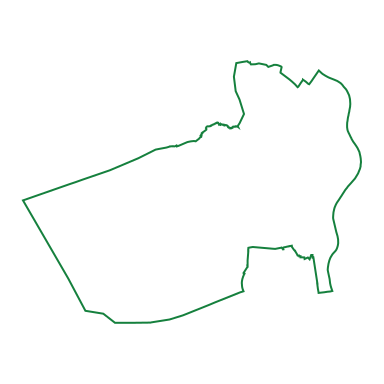 Horst aan de Maas, Limburg, Netherlands (orthographic projection)
{"feature_id": "6326949B10328285292362", "entity_name": "Horst aan de Maas", "entity_type": "district", "adm_level": 2, "iso_a3": "NLD", "parent_name": "Netherlands", "parent_adm1": "Limburg", "projection": "orthographic", "projection_center": [6.076, 51.451], "detail": "fine", "context": "isolated", "style": "outline", "palette": "green", "viewbox_px": 384, "rotation_deg": 0, "n_neighbors": 0, "source": "geoboundaries", "source_scale": "gbopen_adm2", "svg_char_len": 5349}
<svg xmlns="http://www.w3.org/2000/svg" viewBox="0 0 384 384"><path d="M85.4,310.8L103.3,313.7L115.0,322.8L132.5,322.8L150.6,322.6L151.2,322.4L169.5,319.5L170.5,319.2L182.8,315.4L186.6,313.9L192.3,311.6L209.3,304.8L215.0,302.4L240.0,292.4L243.5,291.3L242.6,288.9L242.2,287.3L242.0,285.7L241.9,284.0L241.8,283.2L241.9,281.6L242.0,280.9L242.3,279.3L242.5,278.5L242.8,277.7L243.0,276.9L243.4,276.0L244.0,274.5L244.4,273.9L244.0,273.7L244.2,273.3L243.6,272.9L247.5,266.8L247.4,266.1L247.6,266.2L247.6,260.3L248.3,251.5L248.2,251.5L248.2,251.0L248.2,250.3L248.2,249.7L248.3,249.7L248.4,247.8L249.8,247.5L252.8,247.0L256.3,247.3L272.5,248.7L275.2,248.9L280.2,247.9L281.4,247.7L281.6,247.6L283.0,249.3L283.2,249.1L283.3,249.1L283.2,248.8L283.1,248.5L283.1,248.2L283.4,247.6L283.5,247.5L283.8,247.4L284.6,247.2L285.4,247.1L286.4,246.8L286.9,246.7L289.1,246.2L289.1,246.3L291.8,245.7L291.9,246.3L291.5,246.3L293.8,249.6L294.4,250.3L294.7,250.6L295.0,250.6L295.1,250.8L294.9,250.9L295.9,252.3L296.4,253.2L297.0,254.2L297.1,254.4L297.5,255.3L297.6,255.5L299.1,255.5L299.2,256.3L300.5,256.2L300.5,257.3L301.7,257.3L304.3,257.4L304.6,259.0L307.9,257.5L309.6,259.3L311.2,255.0L312.5,255.0L312.5,256.0L312.6,257.5L313.3,257.3L313.4,258.1L313.5,258.1L314.0,261.4L317.4,283.5L317.2,283.5L317.3,284.2L317.9,288.8L318.5,292.1L318.6,292.9L324.8,292.2L325.2,292.1L326.6,291.9L326.9,291.8L330.2,291.5L331.0,291.3L332.3,291.0L331.2,287.7L330.6,285.6L330.1,283.3L329.6,279.0L328.8,275.3L328.1,272.0L327.7,269.9L327.9,267.5L328.5,263.7L329.4,260.3L330.4,257.7L332.3,254.5L333.1,253.5L335.5,250.9L336.4,249.6L337.2,247.7L337.8,245.6L338.2,243.2L338.1,239.5L337.5,236.1L336.3,232.0L333.2,218.8L333.1,217.5L333.2,215.8L333.2,215.6L333.5,212.2L333.8,210.9L334.2,209.1L334.6,207.6L334.9,206.9L335.2,206.2L335.6,205.2L336.4,203.6L337.1,202.4L338.9,199.8L340.7,197.0L341.4,196.0L342.4,194.4L345.3,189.9L346.5,188.4L347.1,187.7L347.8,186.6L350.9,183.2L355.0,178.5L356.9,175.4L358.1,173.4L358.8,171.6L360.0,168.7L360.6,166.3L360.6,165.1L361.0,162.1L360.7,158.4L360.3,156.0L360.0,154.8L359.4,152.0L357.5,148.0L356.1,145.8L354.8,143.9L353.2,141.7L351.8,139.3L351.4,138.6L351.3,138.1L350.6,136.9L349.3,134.1L348.8,133.2L348.0,131.4L347.7,130.7L347.3,128.9L347.3,128.5L347.1,127.3L347.1,126.7L347.1,124.7L347.2,122.5L347.5,121.0L347.8,118.6L348.0,117.3L348.5,115.3L348.7,113.9L349.3,111.4L349.4,110.4L350.1,106.7L350.2,105.0L350.3,104.1L350.2,102.3L350.0,99.3L349.8,98.3L349.1,95.3L347.2,91.3L346.1,89.4L343.5,86.5L342.9,85.6L342.1,84.6L341.6,84.1L340.7,83.2L339.5,82.4L337.3,81.0L334.0,79.6L329.4,77.8L327.9,77.1L326.1,76.1L325.2,75.6L323.8,74.7L322.8,74.1L321.9,73.4L318.8,70.5L315.7,75.0L312.6,79.5L311.9,80.6L308.7,84.9L308.9,84.4L305.7,81.6L303.0,79.7L303.0,79.8L301.6,81.8L300.8,82.9L299.1,85.5L298.2,86.8L297.6,87.2L295.0,84.3L291.9,81.5L289.4,79.4L280.5,72.7L280.5,72.1L280.6,71.7L281.6,67.2L281.4,67.1L281.3,66.8L281.1,66.5L280.7,66.3L278.4,65.4L277.4,65.1L276.2,64.9L274.3,64.9L273.7,64.9L272.8,65.4L271.3,65.9L269.5,66.5L268.3,66.9L267.6,66.2L266.3,64.9L258.9,63.4L255.5,64.2L253.5,64.3L250.9,64.4L250.6,64.0L250.5,63.6L250.2,63.2L250.0,62.4L249.5,62.7L249.3,62.7L248.4,62.2L248.1,62.1L247.7,61.5L247.4,61.2L242.9,61.9L236.3,63.1L233.9,76.7L235.7,91.2L239.5,99.5L244.0,114.0L239.6,123.2L237.7,126.1L238.1,127.0L237.7,126.7L237.3,126.7L236.9,126.7L236.4,126.3L235.8,126.2L235.6,126.3L235.3,126.7L235.1,126.8L234.8,126.8L234.7,126.6L234.4,126.5L234.0,126.5L233.5,126.7L233.1,126.7L232.7,127.5L232.6,127.4L232.3,127.5L232.2,127.4L231.8,127.7L231.5,127.8L231.5,128.1L231.4,128.2L231.1,128.1L230.9,128.3L230.7,128.2L230.2,128.4L230.1,128.1L230.1,127.9L229.6,127.7L229.4,127.5L229.1,127.4L228.6,127.6L228.4,127.3L228.1,127.2L227.9,126.7L227.9,126.3L227.9,126.2L227.1,125.5L226.8,125.3L226.5,125.4L226.3,125.2L226.2,125.2L226.0,125.3L225.8,125.1L225.2,125.0L224.8,125.2L224.7,125.2L224.5,125.3L224.2,125.5L224.0,125.3L224.2,125.1L224.2,124.9L223.9,124.6L223.4,124.6L223.1,124.6L222.9,124.8L222.7,124.8L222.5,124.5L221.8,124.5L221.7,124.3L221.5,124.2L221.2,124.2L220.6,124.5L220.4,124.9L219.8,124.7L219.8,124.4L219.7,124.5L219.4,124.6L219.4,124.4L219.1,124.6L218.9,124.0L218.7,123.8L218.5,123.7L218.4,123.5L218.4,123.4L218.1,123.2L218.1,122.9L217.9,122.9L217.8,122.7L217.7,122.6L217.1,122.5L216.9,122.6L216.5,123.1L216.3,123.2L215.9,123.2L215.6,123.2L215.5,123.3L215.5,123.5L215.2,123.7L214.9,123.8L214.7,123.8L214.2,124.0L213.7,124.5L213.2,124.5L212.7,124.7L212.3,124.8L212.1,125.0L211.9,125.2L211.7,125.4L211.1,125.4L210.8,125.6L210.7,125.7L210.6,125.9L210.6,126.1L210.3,126.2L210.0,126.1L209.3,126.3L209.1,126.4L208.9,126.4L208.7,126.4L208.4,126.3L208.0,126.3L207.4,126.3L207.0,126.5L206.7,126.8L206.3,127.2L206.1,127.8L205.9,128.1L206.0,128.3L206.3,128.6L206.4,128.9L206.3,129.7L205.0,130.7L204.8,130.9L204.1,131.4L202.3,132.6L201.9,133.0L202.3,133.3L200.8,135.3L201.5,135.6L201.2,136.9L200.5,136.9L200.0,137.5L199.7,137.8L199.3,138.5L195.7,141.3L193.9,141.0L193.3,141.1L192.1,141.2L190.6,141.4L187.7,142.0L187.1,142.2L178.9,145.7L178.1,146.0L176.8,146.4L176.5,145.5L175.4,146.1L174.8,146.3L174.2,146.4L173.6,146.3L173.2,146.2L173.0,146.3L172.9,146.2L170.1,146.4L170.1,146.5L169.5,146.6L167.7,147.2L166.2,147.6L159.2,148.9L155.6,149.6L138.6,158.1L109.8,170.3L82.4,179.7L75.4,182.2L69.7,184.1L23.0,200.4L68.3,278.6L85.4,310.8Z" fill="none" stroke="#15803d" stroke-width="2"/></svg>